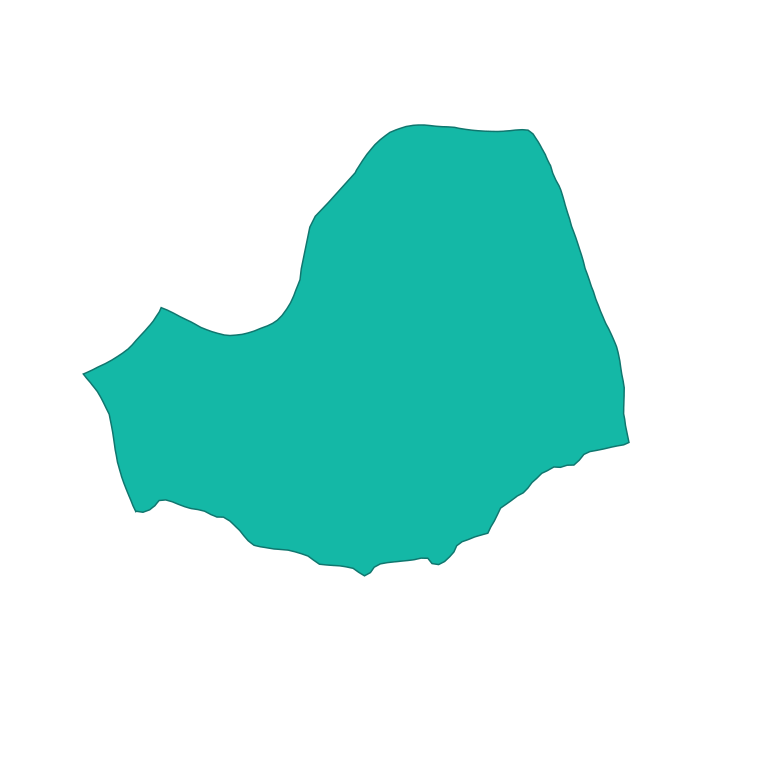 Hajar, Hadramawt, Yemen, rotated 321°
{"feature_id": "15242507B42870689355247", "entity_name": "Hajar", "entity_type": "district", "adm_level": 2, "iso_a3": "YEM", "parent_name": "Yemen", "parent_adm1": "Hadramawt", "projection": "mercator", "projection_center": [48.314, 14.515], "detail": "fine", "context": "isolated", "style": "filled", "palette": "teal", "viewbox_px": 768, "rotation_deg": 321, "n_neighbors": 0, "source": "geoboundaries", "source_scale": "gbopen_adm2", "svg_char_len": 4611}
<svg xmlns="http://www.w3.org/2000/svg" viewBox="0 0 768 768"><g transform="rotate(321 384 384)"><path d="M258.9,184.4L257.2,185.3L254.9,186.5L249.4,188.2L247.9,188.7L244.2,189.9L238.5,191.1L238.2,191.1L232.0,192.2L225.5,193.1L224.2,193.3L218.8,194.1L212.7,195.2L207.6,195.7L206.8,195.8L206.2,195.7L200.1,195.5L193.1,194.8L187.4,194.1L180.3,192.8L173.9,191.2L171.8,190.7L166.0,189.5L161.6,188.4L158.6,187.6L156.6,187.0L156.5,192.7L156.7,198.3L156.6,200.7L156.6,203.8L156.5,209.5L155.6,215.4L155.2,217.6L154.2,222.3L152.7,228.7L152.6,229.2L151.4,234.6L148.8,239.5L145.8,245.2L142.7,250.9L139.7,256.0L137.9,259.0L136.9,260.7L133.7,266.0L131.1,270.9L127.6,277.2L126.6,279.6L124.6,284.2L122.6,289.0L121.9,290.5L119.5,297.2L117.8,302.5L116.3,307.4L116.0,308.5L115.5,310.1L114.1,315.0L112.3,320.7L110.8,327.0L111.4,327.0L116.0,332.0L117.5,332.5L122.7,334.3L126.4,334.3L129.3,334.4L132.4,333.7L135.9,333.0L138.1,334.5L141.4,336.7L145.3,342.2L147.9,347.0L148.5,348.1L151.9,353.9L154.5,357.7L155.8,359.5L160.4,364.5L164.5,369.9L166.8,375.2L167.2,376.3L169.0,379.5L170.4,382.2L172.0,383.5L175.5,386.5L176.2,388.6L178.0,393.4L178.8,399.5L178.9,400.5L179.0,401.5L179.7,407.1L179.6,413.9L179.8,420.1L179.9,420.7L180.6,423.9L181.5,427.5L183.0,429.5L185.5,432.7L188.7,436.2L190.1,437.8L191.8,439.7L194.7,443.0L197.0,445.1L199.9,447.9L205.0,452.8L207.4,456.0L209.1,458.2L213.0,463.9L216.7,469.9L218.4,476.5L220.4,483.4L222.7,485.7L225.1,488.1L227.3,490.2L230.1,492.8L230.8,493.5L231.4,494.0L235.1,497.4L238.4,501.0L239.7,502.5L244.0,507.8L245.8,514.3L247.9,520.2L248.1,520.8L254.7,522.0L255.9,521.7L261.1,520.2L267.5,521.4L268.0,521.5L269.6,522.4L274.0,524.8L280.1,528.7L282.6,530.4L285.6,532.3L289.1,534.6L291.5,536.2L295.5,538.7L297.4,539.8L298.9,540.5L303.3,542.7L306.2,545.2L308.4,547.0L308.3,553.7L308.7,554.2L312.8,558.7L319.4,560.1L326.2,559.6L331.1,558.8L332.7,558.5L338.8,555.4L341.7,555.6L345.4,555.7L350.4,557.5L351.9,558.0L353.2,558.4L358.2,559.9L362.8,561.8L364.6,562.6L366.1,563.2L370.8,565.3L377.0,562.3L383.5,559.9L390.2,556.8L396.5,553.8L403.2,554.3L409.9,554.7L417.1,554.9L423.8,556.2L430.5,555.4L432.3,554.9L437.1,553.7L443.7,553.4L447.4,553.0L450.5,552.7L455.7,554.0L457.2,554.3L458.0,554.4L463.8,555.4L468.7,559.8L475.3,562.4L480.6,566.5L487.8,566.1L494.2,564.7L494.9,564.5L496.7,564.9L501.5,566.1L502.4,566.6L507.3,569.3L513.8,572.7L520.0,575.7L520.3,575.8L526.1,578.8L532.0,582.1L535.7,583.1L537.6,583.6L545.5,568.3L548.9,562.8L551.5,557.9L554.2,554.7L555.5,553.1L557.0,551.4L559.9,548.0L563.3,544.1L564.1,543.1L568.3,538.1L570.9,533.6L571.4,532.8L575.0,525.9L578.2,520.4L581.7,514.6L583.7,510.8L585.1,508.1L585.9,506.5L588.1,501.6L589.2,498.1L589.6,496.7L590.2,494.6L591.5,489.9L591.9,488.3L593.4,482.2L594.2,477.8L594.5,476.3L595.6,472.3L596.3,470.0L598.0,463.9L600.1,457.6L601.1,454.2L602.1,451.1L604.1,446.0L604.8,444.3L604.9,444.0L606.5,438.8L608.1,434.6L608.7,433.1L611.0,426.8L613.0,420.7L615.7,415.0L616.5,413.2L618.7,407.9L620.8,402.3L621.2,401.3L623.1,396.4L625.1,391.1L627.0,385.6L629.0,379.5L631.1,374.7L631.9,373.0L633.1,369.8L634.6,365.9L637.6,358.5L638.5,356.6L640.9,351.0L642.5,347.0L642.6,346.8L643.5,344.4L644.8,339.9L645.2,337.4L645.9,333.5L647.8,326.4L649.0,323.5L649.2,323.1L650.9,318.9L651.1,317.3L651.3,316.4L652.1,312.8L652.9,309.9L653.0,309.4L653.7,307.4L654.1,305.0L654.5,302.8L654.7,301.7L654.7,301.4L654.9,300.4L655.6,296.9L656.3,292.3L656.4,291.0L656.7,288.0L657.2,283.5L656.3,279.7L655.8,277.8L655.7,277.4L652.7,274.5L651.4,273.3L646.4,269.7L645.5,269.1L641.4,266.5L637.1,263.5L636.0,262.8L635.8,262.7L635.7,262.6L631.1,259.2L626.0,254.9L621.6,251.1L616.4,246.3L613.3,243.3L612.1,242.1L607.7,237.5L604.0,233.4L603.1,232.4L600.4,229.0L595.7,224.6L594.0,223.1L591.3,220.8L586.6,216.4L582.2,211.9L578.3,208.1L573.9,204.5L569.4,201.3L568.1,200.6L563.2,197.8L558.1,195.8L556.8,195.3L552.8,193.9L552.4,193.8L547.0,192.2L541.3,191.9L541.1,191.9L534.8,191.8L527.7,192.3L525.0,192.8L521.8,193.4L519.5,193.9L515.5,194.7L508.2,196.8L507.0,197.2L502.5,198.7L497.1,200.5L494.6,201.7L454.8,208.0L436.1,210.4L425.1,215.4L392.1,242.5L384.5,250.0L383.1,250.8L379.6,252.8L374.7,255.5L373.5,256.2L369.5,258.6L365.9,260.4L362.2,262.2L358.8,263.4L355.7,264.5L347.8,266.6L341.3,267.3L335.6,266.8L330.1,265.5L323.0,263.1L316.6,261.2L313.3,259.9L310.8,258.9L308.2,257.7L304.9,256.1L299.7,252.8L294.8,249.4L290.7,245.4L288.8,242.8L286.5,239.8L284.8,237.3L283.2,235.0L280.2,230.0L277.3,224.8L276.3,222.3L275.2,219.5L274.9,218.7L273.0,214.1L271.2,210.4L270.5,208.9L267.8,203.1L265.0,196.4L263.4,193.0L262.1,190.2L259.2,185.0L258.9,184.4Z" fill="#14b8a6" stroke="#0f766e" stroke-width="1.5"/></g></svg>